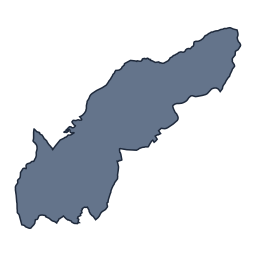 the district of Micasasa, Sibiu, Romania
{"feature_id": "2599482B61682236556337", "entity_name": "Micasasa", "entity_type": "district", "adm_level": 2, "iso_a3": "ROU", "parent_name": "Romania", "parent_adm1": "Sibiu", "projection": "orthographic", "projection_center": [24.101, 46.097], "detail": "fine", "context": "isolated", "style": "filled", "palette": "slate", "viewbox_px": 256, "rotation_deg": 0, "n_neighbors": 0, "source": "geoboundaries", "source_scale": "gbopen_adm2", "svg_char_len": 5657}
<svg xmlns="http://www.w3.org/2000/svg" viewBox="0 0 256 256"><path d="M21.8,224.8L23.6,225.2L24.5,225.6L24.9,225.9L25.2,226.5L25.6,226.8L28.8,228.1L30.0,228.3L31.1,227.9L31.8,226.9L33.7,224.9L34.7,223.4L35.4,219.7L36.8,219.5L37.4,219.2L38.0,218.2L38.6,216.5L39.0,215.8L40.3,215.2L42.1,215.0L45.1,215.5L45.9,216.1L45.7,216.7L49.1,218.3L51.7,220.5L53.4,221.3L54.2,221.3L56.7,223.0L57.4,221.4L58.2,220.8L58.9,219.0L59.9,218.6L60.3,218.1L61.8,217.3L63.4,216.0L65.5,218.1L65.8,218.5L67.9,220.0L68.4,219.8L69.6,220.5L70.6,220.7L71.2,221.1L71.9,222.2L74.2,223.4L77.5,223.6L77.7,223.4L77.9,222.8L79.2,222.6L78.4,221.9L78.2,221.3L78.3,220.8L78.8,219.7L78.8,219.4L78.5,219.0L77.5,218.5L77.6,217.9L78.0,217.4L77.9,217.1L78.1,216.7L80.7,215.5L80.5,214.9L80.6,214.5L80.5,213.8L82.0,212.7L81.4,210.6L82.3,209.7L82.3,209.0L82.2,208.7L83.9,207.5L84.5,207.2L85.9,207.4L87.5,207.2L88.1,208.6L89.0,210.1L89.2,211.6L90.1,213.1L90.3,213.8L90.9,214.3L91.9,215.5L93.2,216.3L95.6,219.7L98.0,217.7L99.4,215.9L100.1,214.3L101.1,212.6L102.2,211.6L105.5,209.5L107.4,206.9L107.5,206.1L107.1,204.9L107.0,203.0L107.4,202.5L108.1,202.1L108.1,200.9L108.5,199.2L110.1,194.0L110.8,192.3L111.0,190.6L112.0,188.0L113.1,185.7L114.1,184.2L114.6,182.7L117.5,178.8L117.7,176.2L117.5,175.1L118.2,170.5L118.5,167.7L118.5,166.6L117.2,161.2L118.0,161.3L118.8,161.1L119.2,160.5L120.5,160.5L121.6,160.1L121.8,160.0L121.8,159.6L120.8,154.2L120.3,152.7L120.0,152.3L119.8,152.3L119.5,150.1L119.6,148.8L120.2,148.8L120.3,148.6L126.8,149.7L136.5,150.2L138.3,149.3L138.9,148.8L139.5,148.4L142.2,147.4L144.7,147.1L145.3,146.8L148.0,146.9L148.5,146.4L149.6,144.3L151.6,141.1L152.8,140.2L154.1,142.3L155.7,141.0L157.2,139.2L155.2,136.1L156.3,135.4L157.8,134.7L158.1,134.9L160.6,133.6L158.6,130.7L161.2,128.3L164.5,128.7L165.8,128.5L167.5,127.8L173.2,124.0L177.3,120.4L178.0,119.0L178.1,117.7L177.8,116.4L176.5,113.8L175.2,112.5L173.7,109.4L172.9,107.1L172.8,106.3L172.9,105.6L173.4,105.1L174.9,104.1L176.8,103.5L179.0,103.5L181.7,103.2L183.4,102.6L185.0,101.8L186.5,100.8L187.4,99.8L188.8,97.7L190.6,96.1L191.3,95.8L192.4,95.7L195.3,96.6L196.7,96.5L202.5,95.4L205.7,94.5L207.3,93.6L211.5,89.0L213.1,88.3L214.6,88.0L216.3,88.0L218.0,88.8L219.0,89.9L220.2,91.6L222.4,88.7L222.7,86.8L223.2,85.6L224.2,84.1L224.9,83.3L226.2,80.6L228.1,77.8L228.7,77.0L229.4,76.6L230.2,74.1L231.8,70.8L232.5,68.9L233.4,67.9L234.5,66.4L234.6,66.1L234.4,65.2L234.1,64.4L232.3,61.7L232.4,59.8L232.2,59.3L232.4,58.4L235.1,55.1L235.4,51.4L236.6,50.5L238.0,49.8L239.4,47.7L239.6,47.1L240.2,46.6L240.6,45.2L240.4,44.4L239.6,42.9L238.5,41.8L237.6,39.7L237.3,38.3L237.2,37.6L237.9,35.5L238.0,34.9L237.9,33.2L237.1,30.0L233.2,29.0L230.5,27.8L229.6,27.7L227.6,28.1L226.7,28.5L224.2,28.5L222.9,29.2L220.7,29.5L218.1,30.7L215.9,30.9L213.8,31.5L212.5,32.1L211.8,32.0L210.9,32.3L210.1,32.9L208.6,33.6L207.0,34.9L206.0,35.4L205.2,35.6L203.1,38.5L200.6,40.3L198.1,41.3L195.8,41.3L194.3,41.8L193.8,43.0L193.8,44.7L193.3,46.1L192.1,46.7L190.4,48.7L188.2,48.5L186.9,48.9L185.6,50.0L185.1,51.1L184.7,51.6L183.5,52.2L182.8,52.3L181.9,52.0L180.8,51.9L178.7,52.5L177.4,53.7L176.3,54.1L175.0,55.0L173.3,55.6L172.2,56.8L170.1,57.9L169.4,59.4L168.9,59.8L168.6,60.4L168.1,60.8L163.7,63.2L162.4,63.3L160.3,62.7L159.6,62.7L158.8,61.9L155.7,62.4L155.0,62.3L152.4,60.9L150.4,60.4L150.5,59.5L148.5,59.1L148.5,58.8L148.2,58.5L147.6,58.2L146.6,58.5L146.2,58.9L145.0,58.8L144.9,58.5L144.8,58.4L142.9,58.7L142.2,59.3L142.4,59.7L142.2,60.0L140.9,61.2L140.0,61.3L137.2,60.8L136.9,60.9L136.7,61.4L135.1,60.9L130.5,60.4L124.9,63.4L124.4,63.9L124.3,65.0L122.1,67.0L121.9,67.3L121.6,68.3L120.9,68.9L119.7,69.8L118.9,70.1L117.7,70.3L115.7,70.4L114.9,71.7L114.5,72.8L113.9,73.6L113.0,74.4L112.2,76.3L111.4,77.4L110.7,78.8L109.5,80.4L109.0,80.9L108.2,82.4L106.3,85.1L102.3,87.7L96.6,90.5L92.1,93.5L90.8,94.7L89.9,96.0L89.2,97.9L88.5,99.3L87.2,101.2L87.1,102.4L86.4,105.5L86.4,108.6L86.0,109.7L85.9,110.6L85.6,111.3L84.4,113.2L82.5,115.2L81.1,116.1L79.7,116.7L80.7,118.0L81.3,118.5L81.7,119.4L81.6,119.9L81.3,120.1L80.5,120.1L79.8,120.3L78.6,119.8L77.6,119.9L75.9,120.6L73.5,120.3L73.1,120.4L72.0,121.7L72.0,122.1L72.4,122.8L74.1,125.0L75.3,125.6L75.4,125.8L75.1,126.3L74.0,127.4L72.7,127.8L71.8,127.6L71.1,126.9L69.7,126.7L68.9,127.2L68.7,127.6L67.8,128.3L67.9,128.9L67.8,129.1L67.5,128.8L66.9,129.3L67.1,129.8L66.9,130.2L66.5,130.3L66.2,130.1L66.0,130.8L65.5,131.1L65.4,131.5L64.7,131.5L64.1,131.9L64.0,132.2L64.3,132.4L65.4,131.9L66.0,132.5L66.8,132.4L67.5,131.9L67.8,131.1L68.2,131.2L68.2,130.7L68.4,130.2L69.0,129.7L69.5,129.5L70.0,130.5L70.0,131.5L70.6,132.5L72.4,133.1L73.0,132.6L73.9,132.7L73.9,133.0L70.8,134.9L69.9,135.1L68.4,135.0L67.8,135.3L67.1,136.3L66.3,137.0L65.0,137.4L64.5,137.7L64.0,138.2L60.2,140.0L55.7,145.5L53.2,148.9L52.7,149.7L52.4,149.4L52.5,148.8L52.4,148.5L51.8,147.8L51.2,147.5L50.9,146.7L48.8,144.5L47.3,142.3L46.7,140.9L44.7,139.0L44.1,138.7L43.8,137.8L42.1,135.1L40.9,134.6L39.7,133.6L39.4,133.3L39.6,132.8L39.4,132.5L36.8,131.7L34.3,129.1L34.0,129.1L33.6,132.3L33.6,137.8L33.5,139.1L33.1,140.4L33.1,141.1L34.2,142.4L34.9,142.7L35.1,143.3L35.4,143.8L35.8,143.9L36.4,144.8L37.0,146.5L37.1,149.0L36.2,152.4L36.3,155.4L35.9,157.0L35.4,158.3L34.7,159.3L34.3,160.4L33.6,161.4L33.2,161.3L31.8,161.5L30.0,163.0L27.5,163.7L26.7,164.3L26.2,165.0L26.0,165.9L26.3,168.0L26.1,168.6L25.7,168.6L24.7,168.2L23.3,168.4L22.9,168.7L22.1,170.0L20.5,172.5L20.4,175.1L20.1,177.5L19.4,178.5L18.2,179.5L17.6,180.4L17.6,181.1L17.8,182.1L17.6,183.2L16.0,185.4L15.4,186.9L15.4,188.1L15.5,188.4L15.4,189.9L16.2,195.4L16.7,201.9L17.0,203.4L17.1,208.7L17.3,210.3L17.3,212.4L17.5,212.9L18.6,214.0L19.2,215.0L21.8,224.8Z" fill="#64748b" stroke="#1e293b" stroke-width="1.5"/></svg>